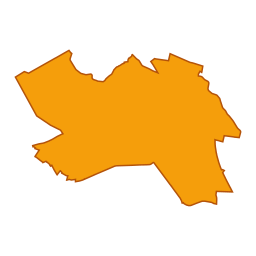 Helmond, Noord-Brabant, Netherlands
{"feature_id": "6326949B31180787122352", "entity_name": "Helmond", "entity_type": "district", "adm_level": 2, "iso_a3": "NLD", "parent_name": "Netherlands", "parent_adm1": "Noord-Brabant", "projection": "albers", "projection_center": [5.662, 51.474], "detail": "fine", "context": "isolated", "style": "filled", "palette": "amber", "viewbox_px": 256, "rotation_deg": 0, "n_neighbors": 0, "source": "geoboundaries", "source_scale": "gbopen_adm2", "svg_char_len": 5270}
<svg xmlns="http://www.w3.org/2000/svg" viewBox="0 0 256 256"><path d="M216.5,204.1L216.5,203.9L216.6,203.3L216.6,202.6L216.7,199.7L216.7,199.4L216.7,198.6L216.6,198.0L216.6,197.4L216.4,196.8L216.3,196.2L215.9,195.1L216.4,191.4L231.5,191.9L231.4,191.7L232.4,191.8L231.8,190.6L230.9,188.9L230.5,188.0L230.0,187.2L227.3,182.0L226.8,181.1L226.4,180.2L225.5,178.5L225.1,177.6L223.8,175.0L223.4,174.1L222.7,172.6L224.3,170.5L222.5,169.6L221.5,169.8L221.0,168.7L220.3,166.9L219.0,163.2L218.5,161.6L218.3,160.7L218.2,160.6L218.1,160.1L217.2,156.9L216.7,155.0L216.6,154.0L216.3,153.1L216.0,151.2L215.7,149.2L215.4,147.3L215.2,145.4L215.1,144.4L215.1,143.4L215.0,142.1L215.1,140.4L215.0,139.7L216.6,140.2L218.5,140.6L220.4,141.2L222.8,141.8L224.2,135.7L224.7,135.8L225.1,135.9L225.5,135.9L225.9,135.9L233.6,136.9L233.9,137.0L234.4,137.1L234.7,137.1L239.2,137.6L239.3,137.1L239.5,136.5L239.6,136.1L240.6,132.4L240.6,132.0L240.6,131.7L240.6,131.3L240.4,131.0L240.2,130.7L240.0,130.4L238.3,128.9L238.0,128.6L237.7,128.3L237.4,127.9L237.1,127.5L233.4,121.4L233.0,120.8L229.7,116.6L229.2,116.0L228.1,115.0L227.9,114.7L227.4,114.2L227.2,114.0L226.9,113.4L226.0,111.7L225.8,111.3L225.6,110.9L225.3,110.6L225.1,110.3L223.3,108.5L223.0,108.1L222.8,107.8L222.5,107.4L222.4,107.0L221.3,103.7L221.1,102.9L220.9,102.5L220.7,101.9L219.9,99.1L219.8,98.8L219.7,98.5L219.5,98.2L219.3,98.0L217.3,95.6L217.1,95.4L216.9,95.2L216.7,95.1L216.3,94.9L212.5,93.6L212.1,93.5L211.9,93.4L211.7,93.2L209.2,91.1L208.5,90.4L208.2,89.7L208.0,89.0L208.0,88.1L208.8,83.8L208.8,82.9L208.6,82.2L207.9,81.4L207.4,81.1L205.1,79.9L204.7,79.6L204.3,79.3L202.3,77.1L201.5,76.6L200.6,76.3L198.4,76.0L198.4,74.1L198.9,73.2L200.0,71.3L201.4,72.2L201.7,72.4L201.8,72.1L202.8,66.1L193.9,63.3L192.1,62.8L190.6,62.5L190.1,62.4L170.1,53.7L168.5,60.7L157.8,59.2L156.3,59.0L154.8,58.7L154.5,58.6L153.3,59.6L150.8,61.5L152.0,63.2L153.1,64.8L154.1,66.5L155.1,68.1L155.8,69.3L156.9,71.2L157.8,72.8L153.0,70.9L152.6,70.7L148.9,68.7L142.8,66.0L142.2,65.6L141.7,65.0L139.3,61.0L138.9,60.5L138.4,60.1L136.8,59.0L136.5,58.8L136.2,58.5L132.4,54.6L132.1,54.7L132.0,55.0L131.7,55.9L131.7,56.0L131.5,56.3L131.0,56.8L130.9,56.9L130.1,57.3L129.9,57.6L129.7,58.0L129.3,58.2L129.1,58.1L128.9,58.1L128.7,58.3L128.3,59.1L128.2,59.4L128.1,59.6L128.0,60.1L127.9,61.7L125.2,62.0L124.2,62.2L124.1,62.3L124.1,62.5L124.4,62.9L124.3,63.0L124.1,63.2L123.6,63.5L123.2,63.6L122.9,63.6L122.1,64.0L120.1,65.4L119.0,65.9L118.8,65.9L118.7,66.0L118.0,66.6L117.9,66.6L117.1,66.8L116.7,67.0L115.8,67.8L113.9,69.9L113.8,70.0L113.5,70.8L111.8,74.0L111.7,74.2L111.6,74.3L111.2,74.5L110.7,74.9L109.3,75.8L109.1,76.0L107.6,77.3L106.3,78.5L105.9,78.9L105.7,79.2L105.4,79.5L105.3,79.8L105.0,80.4L104.9,80.5L103.3,81.6L103.1,81.7L98.4,81.2L98.0,81.2L97.9,81.2L97.6,81.1L96.9,80.7L96.1,80.4L95.4,80.2L93.6,79.6L93.4,79.4L93.1,79.3L92.8,79.1L92.7,78.9L92.4,78.6L92.3,78.4L92.1,78.0L92.1,77.7L92.1,77.2L92.1,75.9L92.1,75.5L92.1,75.3L92.0,75.1L91.9,74.9L91.7,74.6L91.5,74.4L91.2,74.2L90.9,74.1L90.6,74.1L90.4,74.1L86.2,74.7L85.8,74.7L85.4,74.6L81.3,73.5L81.0,73.4L80.8,73.3L80.4,73.1L80.2,72.9L76.6,70.1L76.3,69.9L76.1,69.7L75.9,69.4L75.7,69.2L73.3,65.3L70.3,60.4L70.2,60.2L70.1,59.7L70.1,59.2L70.1,58.8L71.8,53.5L71.4,53.1L71.1,53.1L70.7,52.6L70.4,52.2L70.2,52.1L69.8,51.5L69.0,50.4L67.7,51.1L55.8,57.9L55.5,58.0L33.0,70.7L28.6,73.2L24.3,71.6L15.4,77.1L36.7,115.9L46.4,122.4L50.5,125.2L60.6,130.2L62.9,133.8L61.6,134.3L59.8,135.2L57.3,136.4L55.6,137.4L52.9,139.0L51.4,139.8L50.5,140.2L48.9,141.0L46.1,142.1L44.3,142.8L43.3,143.1L42.9,143.2L39.9,143.7L38.9,143.9L38.1,144.1L32.7,145.6L33.0,146.8L33.4,146.7L33.6,146.7L33.7,146.8L33.9,146.8L35.4,147.9L35.0,148.6L39.2,150.1L35.1,156.3L35.0,156.6L36.3,157.3L39.5,159.8L40.1,160.3L42.1,161.8L42.5,162.1L42.8,162.4L42.9,162.6L46.0,161.3L46.7,162.1L46.9,162.0L49.8,164.5L49.7,164.7L49.8,165.0L49.9,165.3L50.1,165.6L50.8,166.2L51.8,165.3L54.3,170.2L57.0,174.7L57.1,174.8L60.0,171.0L60.2,170.9L60.4,170.8L62.2,173.0L62.0,173.3L62.3,173.4L66.0,175.5L66.5,175.7L67.8,175.8L66.7,180.1L66.8,180.1L69.1,179.4L71.4,180.0L75.5,179.4L75.4,180.8L75.5,181.1L75.5,181.7L79.4,181.0L80.8,180.6L82.1,180.2L83.0,179.9L83.8,179.4L84.3,179.1L84.3,179.3L94.1,175.0L94.2,174.8L94.5,174.7L94.5,174.8L98.4,173.1L98.7,173.0L111.1,167.7L111.5,167.5L113.2,166.8L114.3,166.3L114.8,166.1L115.0,166.1L115.8,165.9L116.5,165.8L118.7,165.7L131.3,165.3L140.3,164.9L145.2,164.8L145.4,164.7L145.5,164.7L145.8,164.8L149.2,164.6L149.7,164.6L150.1,164.5L150.4,164.3L150.8,164.2L151.1,164.0L152.8,162.8L153.0,162.6L153.5,162.5L153.8,162.6L165.1,177.8L165.9,178.9L166.6,179.8L169.9,184.3L170.1,184.6L170.5,184.9L170.6,185.1L171.1,185.9L171.4,186.0L171.5,186.4L171.9,186.9L173.4,189.0L174.7,190.8L176.3,192.9L179.2,196.9L179.7,197.5L180.1,198.1L180.5,198.8L180.6,199.1L181.1,200.0L181.5,200.9L181.8,201.8L182.0,202.5L182.2,203.1L183.4,202.7L183.5,203.0L183.7,203.3L183.9,203.5L184.2,203.7L184.4,203.9L184.7,204.0L186.5,205.0L187.6,205.3L188.4,205.5L188.7,205.6L189.3,205.6L189.9,205.6L190.3,205.5L190.6,205.5L191.3,205.3L196.6,203.2L200.2,201.9L200.7,201.7L201.4,201.5L201.9,201.3L202.5,201.2L202.9,201.2L204.2,201.2L204.7,201.2L205.4,201.3L211.2,202.3L211.9,202.5L212.3,202.7L213.7,203.5L214.2,203.6L216.5,204.1Z" fill="#f59e0b" stroke="#b45309" stroke-width="1.5"/></svg>